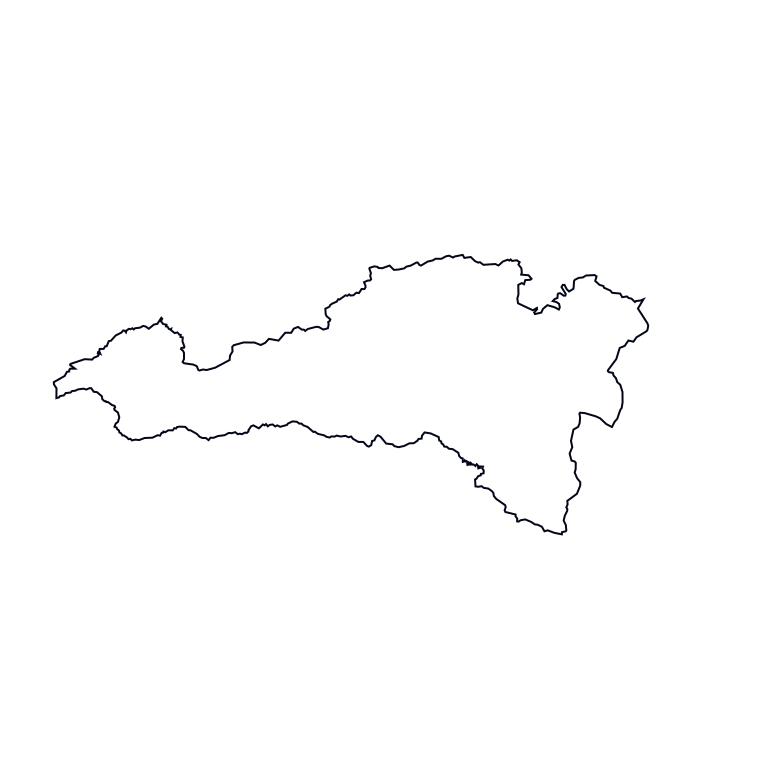 Chat Trakan, Phitsanulok, Thailand (orthographic projection), rotated 226°
{"feature_id": "78962969B67438013372379", "entity_name": "Chat Trakan", "entity_type": "district", "adm_level": 2, "iso_a3": "THA", "parent_name": "Thailand", "parent_adm1": "Phitsanulok", "projection": "orthographic", "projection_center": [100.699, 17.422], "detail": "fine", "context": "isolated", "style": "outline", "palette": "ink", "viewbox_px": 768, "rotation_deg": 226, "n_neighbors": 0, "source": "geoboundaries", "source_scale": "gbopen_adm2", "svg_char_len": 6166}
<svg xmlns="http://www.w3.org/2000/svg" viewBox="0 0 768 768"><g transform="rotate(226 384 384)"><path d="M586.3,269.8L584.7,262.8L586.6,259.7L587.1,253.2L590.9,252.5L593.1,251.1L594.1,247.5L597.0,243.7L597.1,241.9L598.9,241.7L599.5,239.7L600.9,238.8L601.3,236.0L600.4,234.3L602.3,234.6L603.7,233.5L603.4,230.9L605.3,224.6L604.8,217.7L606.0,215.8L603.8,210.7L604.8,209.7L604.0,206.7L606.7,203.9L605.4,201.9L603.0,201.0L605.4,200.3L604.8,199.3L603.2,199.0L602.8,197.7L604.5,193.2L604.3,191.0L609.8,185.9L616.2,172.5L615.8,171.4L609.7,172.4L613.0,168.9L612.9,167.7L611.7,166.3L613.0,164.3L611.6,159.9L614.7,147.8L613.0,146.3L608.4,145.4L601.4,138.5L600.1,141.0L600.4,142.5L598.2,145.8L598.6,148.7L595.6,152.6L595.6,154.8L593.6,157.3L592.7,160.1L589.3,164.7L586.8,166.0L585.5,169.4L584.3,170.5L580.1,169.8L577.5,171.9L571.1,172.5L568.7,170.8L565.8,171.0L565.0,171.9L563.9,171.7L562.9,172.9L557.9,173.7L555.4,175.0L554.0,174.4L553.7,172.8L552.6,172.1L548.3,172.8L544.0,170.5L541.5,166.2L541.9,163.6L540.5,160.4L538.4,161.4L536.9,160.7L534.6,161.0L533.0,160.0L531.1,160.6L528.7,160.1L527.8,161.1L524.0,162.0L521.8,161.9L520.7,163.5L518.5,163.5L516.8,166.4L513.7,169.0L511.5,174.2L506.2,180.2L504.4,185.6L502.4,187.0L503.3,190.1L502.5,191.3L503.0,192.3L501.3,193.1L500.5,196.7L497.4,199.8L497.9,202.5L496.4,203.5L496.8,205.2L495.2,207.5L491.1,211.3L486.6,211.3L485.2,212.6L478.1,214.7L474.1,214.7L471.2,215.9L469.0,218.3L465.5,218.8L465.9,221.9L463.7,224.0L461.9,228.4L457.9,233.8L456.6,238.4L454.4,240.3L452.7,243.5L449.4,244.0L448.4,245.8L446.7,246.8L445.5,250.4L444.1,251.3L444.0,253.5L444.9,254.4L445.9,259.0L445.0,261.3L439.0,263.2L439.0,268.8L437.2,269.4L437.1,271.3L434.3,271.0L434.0,273.4L432.2,275.8L429.0,276.3L428.4,278.5L425.3,279.6L422.0,285.7L422.3,287.3L420.7,292.2L417.3,295.1L414.4,295.5L412.8,297.2L410.5,297.2L406.2,299.2L398.5,299.9L397.8,301.1L394.1,301.8L388.2,305.5L386.2,305.8L383.3,307.7L382.9,309.6L380.4,312.1L379.7,314.2L376.5,316.2L373.4,320.3L370.3,321.5L369.1,323.9L366.1,323.6L360.2,325.3L356.7,328.9L351.2,328.8L349.5,329.6L348.9,332.4L351.3,335.9L350.1,337.9L351.5,341.3L351.4,344.0L348.6,344.9L339.6,344.2L334.7,348.3L332.1,348.3L328.4,350.6L325.4,355.5L323.7,361.0L320.7,364.4L320.0,368.6L320.5,370.6L318.6,373.1L320.4,375.4L321.0,379.5L316.1,383.2L307.9,386.5L305.1,384.5L302.9,385.2L301.3,384.1L299.5,384.6L297.1,383.9L295.1,385.6L292.4,385.7L289.5,388.1L282.9,389.7L280.0,388.1L277.6,387.9L275.8,388.9L273.2,386.6L272.6,387.8L273.0,389.1L271.2,389.0L271.2,389.8L269.1,390.3L268.9,388.5L267.8,387.8L266.9,389.4L267.4,391.5L266.2,391.6L265.6,390.6L263.9,392.5L261.5,392.8L261.9,394.9L260.1,394.9L257.8,393.2L257.0,394.7L258.4,395.4L255.8,397.8L255.0,396.0L252.6,395.7L250.6,393.6L252.0,391.2L251.1,390.1L252.3,387.7L251.6,384.6L252.1,383.2L246.8,378.7L244.6,380.4L242.7,383.2L240.0,383.6L236.3,386.4L232.2,387.2L229.7,387.0L227.1,385.2L223.3,384.9L212.6,387.0L210.8,385.9L209.4,383.1L207.6,382.4L198.7,388.0L197.4,386.7L194.6,386.3L192.7,384.3L191.5,385.3L191.1,387.6L188.5,391.5L182.5,394.1L178.2,395.0L176.0,396.8L171.6,398.4L166.6,397.1L165.0,400.1L158.7,403.1L152.3,407.5L153.8,409.1L151.8,412.4L152.0,413.4L156.2,416.8L160.9,418.3L163.6,422.5L165.5,427.7L166.8,429.1L168.6,429.4L169.8,432.4L172.6,434.7L171.0,446.5L174.6,454.6L177.1,457.0L182.3,457.5L187.9,459.7L189.5,462.6L194.1,467.2L195.9,467.3L198.7,465.7L205.0,469.2L207.8,475.6L213.2,479.0L219.6,488.6L218.3,493.9L219.9,497.5L223.7,501.8L227.0,504.1L227.1,505.2L223.6,508.2L213.8,513.8L209.3,515.6L200.7,516.1L194.7,518.1L196.7,523.9L196.9,527.5L201.1,535.7L201.7,538.4L205.0,542.8L212.6,550.0L219.3,553.4L223.3,553.1L227.1,554.9L230.6,555.0L233.1,556.4L235.9,554.2L237.6,553.9L238.3,554.6L240.6,568.5L246.2,578.6L244.2,583.6L245.5,590.0L241.2,592.8L242.2,598.0L239.6,609.4L239.9,611.1L242.3,614.5L244.5,615.6L261.9,619.1L264.7,629.5L265.8,626.6L268.6,622.9L268.6,621.5L273.5,621.3L275.9,619.7L278.2,619.6L280.9,615.7L285.0,616.7L291.1,611.5L294.0,611.7L300.5,609.1L302.0,609.9L305.6,607.9L311.4,607.5L313.8,611.7L316.0,611.2L321.7,604.7L322.5,601.1L325.1,597.7L326.4,593.6L326.0,592.2L320.9,586.5L322.0,581.4L325.3,581.3L329.9,582.7L331.1,581.4L330.4,579.0L322.5,577.3L321.6,575.9L322.7,574.6L326.8,573.9L328.0,572.3L327.9,571.3L325.4,568.5L326.6,565.7L326.4,563.0L323.1,565.0L320.0,565.6L317.0,563.7L316.1,561.5L320.5,560.1L327.2,556.3L327.6,550.5L326.1,546.8L329.4,541.2L331.1,541.7L331.4,546.0L332.5,546.8L333.6,542.3L348.9,536.5L352.8,539.2L355.0,542.9L362.0,549.4L360.9,553.2L358.5,554.0L360.6,557.8L357.3,561.7L357.2,563.2L361.8,563.5L367.4,558.7L368.6,560.7L371.8,563.2L376.6,563.7L377.4,566.2L380.8,565.4L383.6,561.6L385.6,561.6L385.7,559.9L387.5,559.3L389.5,554.7L389.7,548.7L393.0,547.4L400.7,538.3L405.0,537.6L406.0,536.0L409.3,534.8L415.1,534.6L418.9,529.4L422.2,530.3L426.7,523.3L427.0,521.5L431.0,520.0L432.7,517.5L434.2,512.2L438.2,508.2L439.1,504.8L441.7,500.5L443.5,492.8L445.1,492.2L448.0,492.6L448.8,491.8L450.6,485.5L452.9,481.6L453.1,478.9L456.2,474.0L459.2,470.4L465.3,470.3L468.5,463.2L471.3,460.6L472.7,460.7L475.3,458.8L477.5,454.4L477.2,453.6L472.8,451.6L471.5,449.3L468.3,447.5L468.2,445.8L469.7,444.2L471.1,440.3L467.8,439.1L466.3,437.8L465.9,435.8L467.9,433.9L466.8,429.1L468.9,427.5L469.1,423.6L471.0,421.3L472.6,421.2L472.9,418.9L474.5,418.0L475.7,410.6L476.8,410.0L476.1,407.2L477.8,402.6L478.2,400.2L477.5,398.5L478.9,394.1L474.8,390.6L472.6,389.8L467.8,390.3L467.0,388.9L467.3,386.8L465.4,385.7L463.1,382.4L465.3,378.2L470.4,376.6L472.2,375.0L476.5,367.4L476.9,364.2L478.8,364.1L480.3,362.6L484.8,361.8L486.5,357.5L485.3,352.8L489.5,348.6L488.5,338.3L496.4,332.6L496.1,327.2L497.7,322.4L503.8,319.6L511.4,311.9L516.3,302.8L516.1,300.6L512.6,297.6L511.4,293.0L508.5,289.6L513.0,273.9L517.2,266.2L520.2,263.8L521.9,260.6L523.2,260.2L526.8,261.7L530.3,260.4L537.8,254.6L539.7,254.4L540.9,257.5L545.4,261.8L547.5,262.5L550.1,262.2L550.7,263.4L549.0,265.3L549.4,266.3L554.7,268.7L557.3,271.6L559.2,270.3L560.5,271.9L561.5,271.1L564.6,271.2L566.0,268.8L570.8,268.2L571.5,269.2L571.7,268.2L573.0,267.5L575.8,268.1L576.9,267.2L577.8,268.7L580.5,266.8L584.0,267.1L585.0,269.8L586.3,269.8Z" fill="none" stroke="#020617" stroke-width="2"/></g></svg>